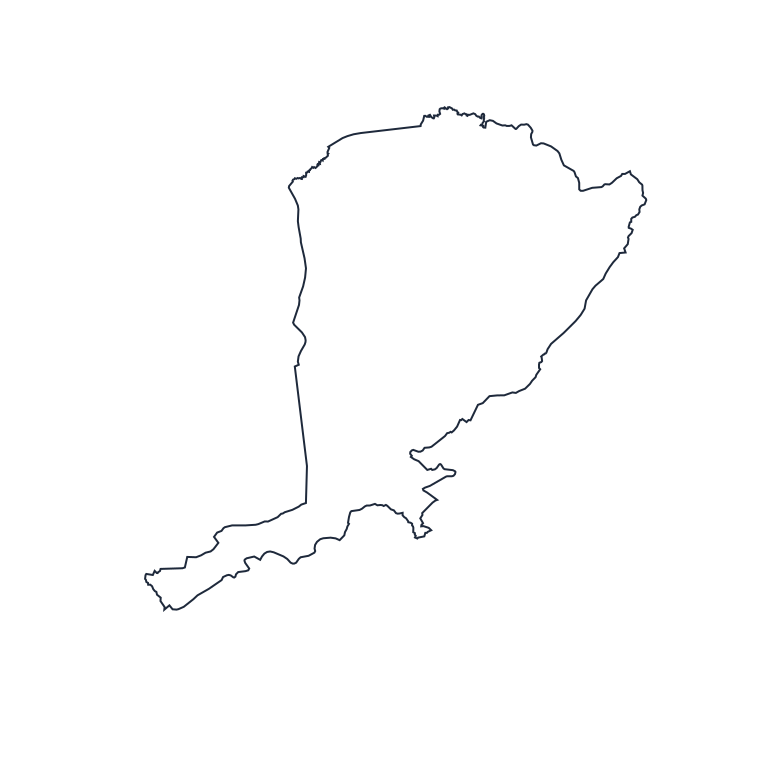 the district of Tron, Uttaradit, Thailand, rotated 294°
{"feature_id": "78962969B58085194309258", "entity_name": "Tron", "entity_type": "district", "adm_level": 2, "iso_a3": "THA", "parent_name": "Thailand", "parent_adm1": "Uttaradit", "projection": "robinson", "projection_center": [100.116, 17.469], "detail": "fine", "context": "isolated", "style": "outline", "palette": "slate", "viewbox_px": 768, "rotation_deg": 294, "n_neighbors": 0, "source": "geoboundaries", "source_scale": "gbopen_adm2", "svg_char_len": 6156}
<svg xmlns="http://www.w3.org/2000/svg" viewBox="0 0 768 768"><g transform="rotate(294 384 384)"><path d="M113.8,244.1L112.4,243.9L108.8,245.0L108.2,246.2L106.5,247.4L106.3,249.3L104.7,250.2L105.6,252.1L104.9,254.4L102.7,256.7L101.6,258.9L101.5,260.6L99.2,262.3L98.0,266.9L94.8,268.1L91.0,274.3L88.5,275.1L94.5,278.0L92.2,282.5L93.5,286.2L94.7,287.8L99.0,291.7L109.9,297.4L115.1,299.6L125.6,307.3L138.8,315.4L142.2,315.5L145.4,318.3L146.5,319.9L146.8,321.8L146.1,325.0L146.3,325.9L147.6,326.6L149.9,326.2L152.9,327.3L156.7,333.6L158.6,335.8L160.6,335.9L164.1,330.0L165.8,328.4L166.9,328.2L168.9,329.4L173.6,335.6L173.0,342.4L176.8,342.7L180.4,343.7L183.0,345.5L184.7,348.1L185.4,351.7L185.6,362.3L184.8,366.8L182.8,371.4L182.8,373.6L183.4,375.0L185.0,376.4L189.6,377.3L191.8,378.3L196.4,385.0L201.6,389.0L203.4,389.1L205.4,387.5L209.0,386.5L212.6,387.0L216.3,388.9L218.4,391.3L221.9,397.7L223.3,402.6L223.3,407.0L229.6,409.3L232.8,408.6L236.4,408.9L239.0,408.5L242.0,408.9L242.5,407.6L248.3,406.1L253.0,405.4L254.6,405.9L259.0,412.9L261.1,414.6L264.4,416.3L265.9,417.6L267.3,420.6L270.8,424.5L270.5,427.3L272.0,429.9L272.6,431.8L272.4,433.3L274.3,434.9L274.1,436.5L272.3,441.3L272.6,444.4L270.9,447.5L271.1,449.2L271.9,450.7L273.9,453.4L271.6,454.4L270.6,456.7L270.3,458.8L268.5,461.8L267.6,462.4L268.1,464.7L267.8,466.5L266.2,467.2L265.7,468.4L264.6,469.3L260.5,471.0L260.3,472.9L258.9,473.4L258.2,474.8L256.4,474.7L256.4,477.3L257.5,477.6L261.2,482.8L264.8,482.3L265.4,483.7L266.7,484.1L269.6,486.6L270.7,483.6L270.7,482.5L270.2,477.8L269.1,475.9L270.4,475.5L272.7,476.3L276.0,471.8L280.0,472.4L281.6,471.4L295.4,476.6L298.5,478.4L299.7,479.7L302.4,467.4L302.8,463.3L304.0,462.2L306.0,463.6L309.5,467.3L324.6,478.3L325.4,479.2L327.3,483.5L328.4,484.8L330.5,485.5L332.7,485.1L333.2,484.3L333.3,482.0L330.8,473.9L331.1,472.6L333.6,468.9L333.7,467.8L332.8,467.1L328.7,466.3L326.7,465.2L325.1,463.0L325.7,461.5L323.1,458.5L327.6,447.0L327.5,442.1L328.3,438.2L329.7,438.6L330.9,436.3L332.5,435.7L334.6,436.4L335.7,437.5L336.1,442.9L337.0,444.8L339.0,446.4L342.2,447.0L344.5,451.2L346.0,452.9L361.3,460.9L364.8,461.7L365.9,463.3L367.4,464.3L367.3,465.5L370.0,466.8L374.8,468.1L382.1,468.1L382.4,469.2L383.9,469.8L382.8,474.9L385.5,475.9L386.0,477.8L403.2,478.3L406.7,482.0L415.8,485.3L419.6,492.0L422.6,498.5L428.5,504.7L429.5,508.1L432.5,510.3L437.1,514.8L443.4,517.3L447.3,518.0L451.9,519.7L454.4,519.4L461.0,520.7L461.7,519.1L464.8,517.7L466.6,517.3L468.0,518.8L469.3,519.1L472.4,517.2L473.0,516.4L476.0,517.8L476.3,518.4L477.3,518.6L477.7,519.3L478.7,519.6L482.3,519.3L488.6,520.3L503.8,527.4L519.3,533.4L527.1,535.6L534.4,536.6L542.6,534.6L555.4,535.9L559.8,537.2L569.1,541.6L575.1,541.6L582.6,542.6L588.5,543.9L595.1,546.1L599.4,545.9L602.4,551.2L605.6,548.2L610.9,549.8L616.0,548.4L617.0,547.3L618.7,547.3L622.5,548.8L626.0,548.5L626.4,546.5L626.2,544.1L627.0,543.6L631.6,542.9L632.7,543.9L635.4,542.7L637.1,543.2L638.8,545.2L640.9,545.9L642.1,547.1L645.1,547.5L647.4,546.2L650.1,546.0L651.9,546.8L654.1,549.0L658.7,548.8L659.8,547.8L661.2,543.5L663.9,543.0L666.2,541.3L670.3,539.4L671.1,538.7L672.1,535.1L674.1,532.1L675.9,524.3L678.4,522.1L673.9,518.7L672.8,516.2L670.5,515.9L666.6,512.9L660.5,510.4L658.0,508.8L656.5,504.8L655.8,504.1L653.5,503.4L652.3,502.5L647.9,494.4L641.4,487.2L640.5,485.0L641.2,483.2L647.2,480.5L651.0,477.4L651.7,474.9L655.0,471.9L655.8,470.6L656.9,459.4L661.0,454.8L666.0,450.4L667.4,447.8L669.0,440.0L668.7,432.0L667.8,429.5L663.8,426.2L663.1,423.8L663.4,422.7L669.1,417.9L672.2,416.8L674.7,417.0L675.8,416.6L677.8,413.8L679.5,410.0L679.3,408.4L678.0,406.7L676.7,403.7L674.3,402.2L670.9,401.1L670.5,400.4L672.2,395.3L670.9,393.8L669.7,391.3L669.6,389.5L668.3,387.0L667.8,380.8L668.7,376.5L668.0,373.3L665.1,370.7L659.4,372.3L658.8,370.6L659.1,369.9L660.2,369.6L659.6,367.0L660.2,367.1L660.3,368.2L662.8,367.9L664.6,368.5L665.7,367.7L667.0,367.6L667.5,366.7L668.5,366.9L669.0,366.3L669.8,366.5L671.0,365.6L671.2,364.8L670.9,364.2L669.3,363.8L666.3,364.8L666.2,363.6L666.9,361.8L666.4,360.8L666.6,359.2L667.6,357.6L667.6,355.6L664.7,352.8L664.2,351.4L662.9,351.2L662.9,350.3L663.8,350.1L664.0,349.7L663.7,348.7L663.9,347.4L662.6,346.0L661.0,345.7L661.2,344.5L660.3,341.7L660.7,341.2L662.1,341.4L662.5,340.1L663.4,339.2L662.9,337.7L663.2,336.5L662.5,335.3L663.4,334.1L663.6,331.2L662.8,330.0L661.8,330.5L660.7,329.8L661.4,326.8L660.8,326.5L660.0,327.0L659.6,324.9L658.6,323.5L657.7,323.1L655.6,323.7L653.6,325.4L652.5,324.9L651.9,323.7L650.5,324.1L650.6,322.9L649.6,320.5L648.3,321.4L647.0,321.5L646.7,321.0L647.1,318.7L648.6,316.5L647.6,315.6L647.2,316.8L646.5,316.8L645.5,314.2L645.8,312.7L645.3,311.7L640.5,312.6L636.2,312.0L634.5,312.5L603.8,260.7L599.8,254.7L595.6,249.8L591.8,246.1L578.0,236.6L577.4,238.0L573.1,238.0L572.0,238.5L571.8,239.4L571.1,239.1L569.7,239.9L566.9,238.7L566.0,237.6L565.4,238.0L564.7,236.7L563.3,237.1L563.5,236.3L563.0,235.6L560.7,235.6L560.5,234.7L559.1,235.8L559.0,234.8L557.7,235.1L557.8,234.0L556.9,234.0L556.2,234.7L553.5,233.6L553.7,231.9L552.8,231.6L553.0,230.1L551.5,230.0L549.8,229.2L549.2,229.4L548.5,228.7L547.3,229.2L547.0,227.8L546.0,227.8L545.4,226.9L543.0,228.0L541.4,228.1L541.3,226.0L540.2,226.4L539.6,225.0L537.9,225.6L537.7,225.0L538.1,223.5L537.1,222.4L537.1,221.4L535.8,220.4L535.7,218.9L534.7,218.8L533.7,217.8L532.5,217.7L531.8,218.4L526.3,216.8L524.6,217.2L517.0,227.4L512.0,232.7L508.7,234.8L497.7,239.1L492.6,242.2L482.9,248.8L479.7,250.4L466.5,260.3L457.9,265.7L449.2,268.6L440.3,270.4L428.5,271.3L426.0,272.8L421.6,274.2L403.1,276.0L401.6,277.8L397.7,288.1L394.7,292.8L392.1,294.6L390.4,295.2L387.9,295.5L380.3,294.7L374.5,294.7L369.4,296.2L366.9,298.3L363.7,295.4L277.7,347.0L243.5,361.1L240.2,357.5L237.3,356.0L231.8,351.5L226.5,345.5L224.5,344.2L223.6,342.8L219.1,341.0L211.2,334.0L209.9,330.9L204.9,326.2L203.2,324.0L198.6,315.2L193.0,302.7L188.5,296.9L187.0,296.0L183.7,295.3L180.4,292.0L175.2,290.9L171.5,297.3L163.7,295.4L160.5,293.7L157.3,289.6L153.1,286.6L149.3,282.8L146.0,274.6L135.4,276.7L133.7,274.8L124.2,255.1L122.0,255.4L120.2,254.2L119.2,254.1L118.9,253.3L120.0,250.5L115.5,250.5L113.8,244.1Z" fill="none" stroke="#1e293b" stroke-width="2"/></g></svg>